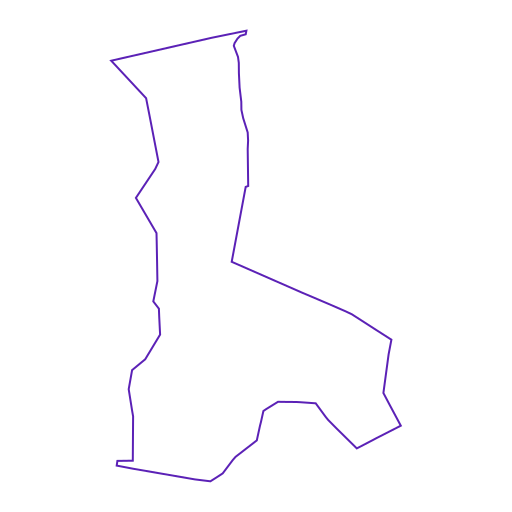 outline of Isaías Coelho, Piauí, Brazil
{"feature_id": "56859067B49584523794073", "entity_name": "Isaías Coelho", "entity_type": "district", "adm_level": 2, "iso_a3": "BRA", "parent_name": "Brazil", "parent_adm1": "Piauí", "projection": "robinson", "projection_center": [-41.638, -7.616], "detail": "fine", "context": "isolated", "style": "outline", "palette": "violet", "viewbox_px": 512, "rotation_deg": 0, "n_neighbors": 0, "source": "geoboundaries", "source_scale": "gbopen_adm2", "svg_char_len": 1098}
<svg xmlns="http://www.w3.org/2000/svg" viewBox="0 0 512 512"><path d="M117.4,460.9L116.7,465.6L133.5,468.8L194.9,479.4L210.4,481.3L215.3,478.2L222.7,473.4L232.8,460.0L235.6,456.8L256.8,440.4L260.0,425.7L261.0,421.8L263.4,411.0L266.5,408.9L278.0,401.8L285.0,401.9L296.6,402.0L300.1,402.2L315.7,403.3L322.6,412.7L325.6,416.8L328.1,419.9L336.8,428.7L356.8,448.4L369.1,442.0L372.2,440.4L376.5,438.1L400.8,425.7L390.0,405.5L383.4,393.0L388.6,354.4L391.4,339.7L376.4,330.1L354.2,315.8L351.9,314.3L345.1,311.1L327.6,303.5L301.7,292.5L231.7,261.8L245.7,186.9L248.2,186.0L247.7,149.0L248.1,140.6L247.9,136.6L247.7,132.5L243.2,118.2L241.4,109.9L241.3,101.8L239.6,87.6L238.9,73.1L238.8,62.9L238.0,56.9L233.8,45.8L234.6,43.1L237.5,38.6L240.3,35.8L245.7,34.3L246.4,30.7L211.6,37.8L111.2,60.7L146.1,98.2L149.7,116.5L153.7,137.2L158.5,162.0L155.2,169.0L135.9,197.9L156.5,233.1L156.7,241.7L157.1,263.1L157.4,281.1L153.3,301.4L158.9,308.7L159.2,316.5L160.1,334.6L145.2,359.3L140.1,363.5L132.1,370.1L128.7,389.2L132.0,410.0L133.1,416.4L132.8,460.7L117.4,460.9Z" fill="none" stroke="#5b21b6" stroke-width="2"/></svg>